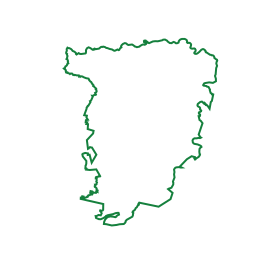 outline of Rosamorada, Nayarit, Mexico, rotated 282°
{"feature_id": "50627088B89463158641858", "entity_name": "Rosamorada", "entity_type": "district", "adm_level": 2, "iso_a3": "MEX", "parent_name": "Mexico", "parent_adm1": "Nayarit", "projection": "natural_earth1", "projection_center": [-105.198, 22.15], "detail": "fine", "context": "isolated", "style": "outline", "palette": "green", "viewbox_px": 256, "rotation_deg": 282, "n_neighbors": 0, "source": "geoboundaries", "source_scale": "gbopen_adm2", "svg_char_len": 5803}
<svg xmlns="http://www.w3.org/2000/svg" viewBox="0 0 256 256"><g transform="rotate(282 128 128)"><path d="M127.7,87.1L126.9,85.2L124.8,85.4L125.1,86.9L123.2,86.5L123.4,88.1L118.6,88.8L118.1,94.9L115.4,95.0L107.6,90.3L99.3,93.2L99.8,93.8L100.5,93.8L100.7,94.4L101.4,94.8L101.3,95.8L101.4,96.8L95.3,102.6L86.5,99.7L93.9,96.0L93.3,94.3L94.8,94.1L94.7,91.3L93.5,89.3L92.8,88.8L90.8,89.7L87.1,94.1L84.6,94.6L83.1,94.6L82.5,94.3L79.6,94.7L79.8,95.8L79.6,96.0L78.6,95.8L79.0,99.4L80.9,105.6L74.5,111.3L75.1,109.6L74.2,109.0L73.5,107.1L73.0,106.8L72.3,106.9L72.5,107.3L72.2,107.9L70.8,108.0L70.2,108.3L69.1,108.1L68.2,109.0L67.5,108.7L66.5,108.9L65.8,108.2L65.7,107.6L65.0,108.0L64.2,107.5L63.5,107.8L63.1,109.0L62.4,109.9L61.6,109.9L60.5,111.0L60.5,111.3L60.0,111.3L59.8,111.1L59.1,111.4L59.3,110.1L57.9,110.1L57.6,107.6L58.5,106.4L58.5,104.5L58.1,104.5L57.8,105.1L57.4,105.1L57.3,104.7L56.7,104.5L55.9,106.9L55.5,106.8L55.1,105.1L54.3,104.5L54.0,103.3L53.6,103.0L52.5,103.0L52.3,102.3L51.9,102.3L50.3,99.6L50.4,99.1L51.7,98.9L51.7,97.4L50.8,97.3L50.6,97.6L50.3,97.4L50.1,96.3L48.8,96.5L48.5,119.6L42.8,120.7L42.1,120.4L41.6,119.6L41.7,118.0L41.1,117.9L40.1,119.2L39.1,120.0L36.9,119.5L36.8,117.3L35.2,115.4L35.1,114.7L33.4,115.4L32.8,118.4L33.1,120.3L34.7,122.6L36.7,124.5L37.4,124.8L38.5,126.4L40.6,131.2L42.1,133.5L42.8,135.3L43.0,136.4L41.4,137.2L40.4,135.9L39.3,135.0L38.8,135.0L38.1,134.1L38.2,131.4L38.0,131.0L37.9,129.0L37.5,128.6L37.0,127.1L35.4,125.6L33.4,124.6L31.2,124.2L29.1,124.4L29.4,126.8L29.3,132.4L30.8,137.0L32.1,139.8L33.2,143.8L34.7,144.9L35.7,145.2L36.3,145.0L37.9,145.8L42.2,150.7L44.0,151.0L44.8,150.7L45.9,150.9L46.4,150.7L46.5,150.0L47.3,150.0L49.5,151.8L51.3,152.2L52.3,153.1L54.1,153.6L54.8,154.4L55.2,154.5L55.4,154.1L55.8,154.3L56.2,154.0L57.3,154.5L57.4,174.3L67.3,184.4L73.8,185.1L76.6,179.9L77.0,180.3L78.6,182.9L82.1,184.0L84.0,183.7L84.4,183.3L85.0,183.1L89.3,183.8L92.2,182.7L94.6,182.6L96.9,181.7L98.0,182.0L99.0,182.6L99.6,183.6L100.3,185.9L100.3,188.0L100.5,188.7L101.0,186.7L109.7,192.1L113.6,196.1L113.4,199.7L113.0,199.9L112.1,199.2L111.3,199.9L111.8,200.3L111.6,200.6L112.3,200.9L114.4,203.1L116.2,203.9L117.2,203.9L117.3,203.5L119.6,202.7L122.4,202.3L123.9,203.0L124.7,203.8L125.3,203.5L125.8,202.5L126.4,199.6L126.3,196.3L126.6,195.3L127.4,194.4L129.3,193.7L130.5,194.0L131.7,195.1L132.2,197.3L133.1,199.4L133.1,200.5L133.8,201.4L134.1,200.7L136.3,198.5L148.2,199.9L150.2,197.6L150.7,196.3L154.3,194.6L154.5,195.1L154.1,195.4L154.5,195.8L155.5,195.9L156.2,195.7L156.7,194.5L157.5,194.1L158.2,194.3L158.5,195.0L159.5,195.6L159.6,196.0L160.3,196.0L161.1,194.7L162.5,194.4L163.1,193.9L163.8,191.8L164.4,191.3L165.1,191.2L166.1,191.3L167.8,192.7L168.5,193.3L169.2,194.8L168.1,196.6L168.7,197.2L168.3,198.0L167.4,198.0L167.4,199.1L167.0,199.2L167.0,199.8L166.6,199.8L166.6,200.5L166.2,201.3L163.8,203.8L170.6,203.6L171.9,204.4L178.6,204.4L178.7,203.9L178.4,203.0L179.1,202.7L179.5,201.5L182.1,200.1L182.6,200.2L184.9,198.2L184.9,196.6L185.3,196.1L185.3,195.6L185.2,193.1L185.6,192.6L187.4,193.2L188.0,194.1L189.5,197.9L189.8,201.7L192.0,204.3L194.5,203.7L197.0,202.3L197.6,202.3L198.4,202.6L205.0,201.8L207.3,202.2L209.3,201.0L210.9,200.9L212.4,201.3L213.3,200.8L213.5,199.9L214.5,197.9L215.1,197.8L216.2,197.0L216.6,196.4L216.7,195.2L216.5,194.8L216.8,194.0L216.7,193.0L218.2,189.2L218.2,188.6L218.8,187.9L219.3,188.0L220.0,187.3L220.8,185.6L220.7,184.7L219.8,183.5L217.2,181.9L215.4,180.4L214.6,179.1L214.6,177.9L215.0,177.3L215.6,177.2L217.0,178.0L218.3,178.0L219.4,177.1L219.6,176.2L219.0,174.6L218.9,173.4L219.2,172.6L219.8,172.2L221.6,172.5L223.0,172.3L223.7,171.5L224.1,170.7L223.6,168.5L224.2,167.8L224.9,167.9L226.2,167.1L226.7,165.9L226.9,165.0L226.3,162.2L225.6,161.0L224.9,160.3L223.4,159.6L222.1,159.7L221.4,158.9L221.0,158.0L220.9,157.1L221.4,156.3L221.7,154.8L220.8,153.6L220.1,153.1L219.8,151.2L220.9,148.7L221.5,148.2L222.2,145.8L221.7,144.0L221.0,143.4L219.0,139.1L218.6,136.6L217.8,134.3L215.4,131.0L215.5,129.9L216.2,129.3L216.8,127.6L217.2,127.1L216.9,125.8L216.4,125.5L215.3,125.9L214.8,128.1L214.7,128.3L213.9,128.2L212.9,127.1L212.9,125.7L212.5,124.7L210.8,122.8L210.0,122.3L208.9,119.9L209.2,118.2L209.1,117.9L210.1,115.9L210.5,114.6L209.3,111.1L209.5,110.1L210.3,108.8L210.4,107.3L209.3,105.7L207.8,104.6L206.5,104.2L205.5,104.8L204.4,103.7L202.6,103.2L202.2,102.6L202.6,101.4L200.8,99.0L200.8,98.0L201.5,96.1L201.5,93.7L201.9,91.1L201.8,90.1L202.3,88.9L202.5,87.2L202.0,86.4L202.1,85.8L201.5,84.6L199.6,83.1L198.5,80.3L198.7,78.7L197.8,77.8L197.5,78.2L197.3,77.8L197.2,77.1L198.3,74.7L198.7,72.7L197.6,71.4L196.2,70.9L195.3,70.7L194.4,71.0L192.7,71.2L192.1,70.9L190.6,66.7L190.5,65.3L191.0,64.2L189.2,62.4L189.6,61.7L190.4,61.6L190.7,61.2L191.5,59.8L191.9,57.8L192.9,56.7L193.5,55.6L193.9,53.9L193.7,53.1L194.0,52.1L192.4,51.6L190.9,52.1L189.2,51.8L188.1,52.1L187.8,53.0L187.1,53.0L185.8,53.9L184.6,53.7L183.8,54.0L182.7,53.5L182.3,54.6L180.9,55.5L180.1,55.3L178.8,56.2L177.8,55.2L177.0,55.3L176.1,54.9L175.1,53.9L173.7,53.9L172.9,52.9L172.3,53.8L171.8,55.0L171.0,55.4L170.3,55.4L169.4,55.9L169.3,56.9L169.8,57.0L169.9,57.3L169.2,58.1L169.1,59.5L168.7,60.0L169.4,60.7L169.6,62.0L168.5,63.3L168.8,63.9L168.5,64.4L168.9,65.1L168.8,67.0L169.2,69.0L168.3,69.4L168.6,69.7L168.6,70.5L168.3,70.7L168.8,71.1L168.9,72.9L168.5,73.7L168.0,76.8L168.1,79.1L167.1,80.0L166.8,80.0L165.7,81.4L165.3,82.5L164.6,82.9L164.0,83.9L163.3,84.1L162.8,85.2L161.8,85.3L161.8,85.9L161.0,86.7L159.9,88.7L159.5,88.8L159.0,88.5L158.6,89.1L157.5,89.7L156.5,89.5L155.5,88.5L154.0,89.7L153.7,89.5L153.4,88.2L152.2,87.1L152.1,86.3L151.3,87.0L147.8,86.3L146.5,85.7L146.3,85.3L145.5,85.9L141.6,84.6L141.1,83.7L141.2,83.1L140.9,83.7L141.0,84.1L140.7,84.1L139.4,83.3L138.3,83.5L131.4,82.5L131.5,85.2L129.6,85.2L127.7,87.1Z" fill="none" stroke="#15803d" stroke-width="2"/></g></svg>